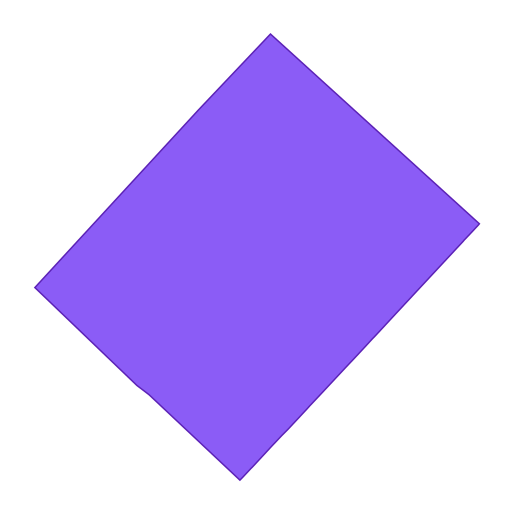 Red Willow, Nebraska, United States of America, rotated 313°
{"feature_id": "52423323B41547388683748", "entity_name": "Red Willow", "entity_type": "district", "adm_level": 2, "iso_a3": "USA", "parent_name": "United States of America", "parent_adm1": "Nebraska", "projection": "albers", "projection_center": [-100.534, 40.177], "detail": "fine", "context": "isolated", "style": "filled", "palette": "violet", "viewbox_px": 512, "rotation_deg": 313, "n_neighbors": 0, "source": "geoboundaries", "source_scale": "gbopen_adm2", "svg_char_len": 546}
<svg xmlns="http://www.w3.org/2000/svg" viewBox="0 0 512 512"><g transform="rotate(313 256 256)"><path d="M81.1,397.1L85.2,397.2L93.5,397.2L97.0,397.2L99.1,397.3L104.5,397.3L127.9,397.2L142.3,397.3L151.5,397.6L179.1,397.6L182.9,397.5L200.0,397.6L209.5,397.6L234.9,397.6L249.7,397.7L256.0,397.7L256.7,397.7L261.1,397.7L274.6,397.6L279.5,397.7L309.9,397.6L408.3,397.5L409.6,397.4L418.3,397.5L429.8,397.5L431.9,397.4L428.2,115.2L323.8,114.3L82.1,115.8L80.1,257.2L81.6,272.3L81.1,397.1Z" fill="#8b5cf6" stroke="#5b21b6" stroke-width="1.5"/></g></svg>